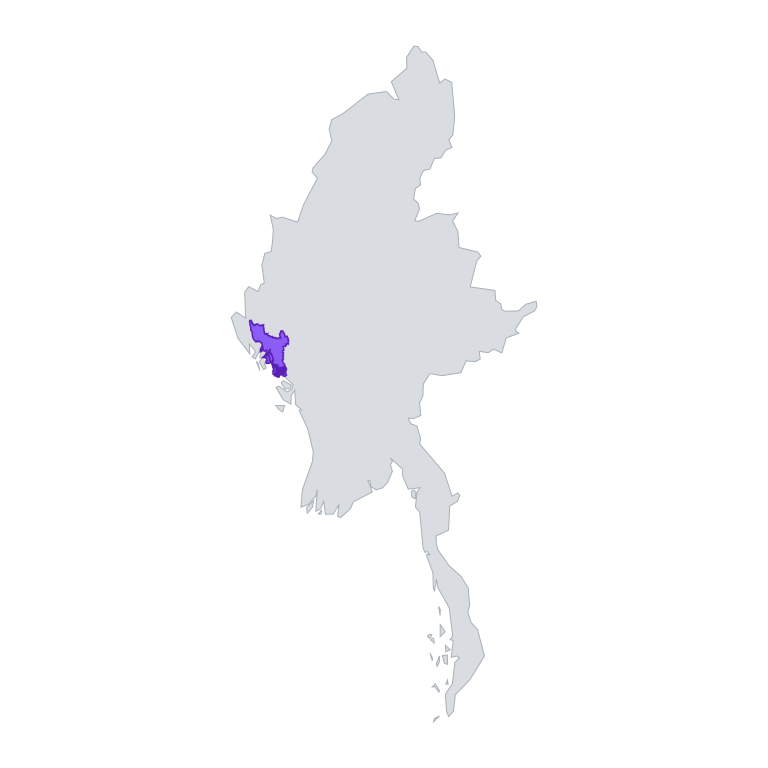 location of Mrauk-U, Rakhine, Myanmar
{"feature_id": "60261553B1263911264167", "entity_name": "Mrauk-U", "entity_type": "district", "adm_level": 2, "iso_a3": "MMR", "parent_name": "Myanmar", "parent_adm1": "Rakhine", "projection": "mercator", "projection_center": [93.425, 20.429], "detail": "fine", "context": "in_parent", "style": "filled", "palette": "violet", "viewbox_px": 768, "rotation_deg": 0, "n_neighbors": 0, "source": "geoboundaries", "source_scale": "gbopen_adm2", "svg_char_len": 9755}
<svg xmlns="http://www.w3.org/2000/svg" viewBox="0 0 768 768"><path d="M501.8,353.0L493.9,349.1L488.1,352.7L479.2,351.3L480.2,359.1L475.1,361.6L466.1,360.9L460.8,372.7L442.2,375.7L430.0,373.6L423.3,384.0L422.9,395.9L419.5,403.1L420.9,415.4L413.0,418.7L408.2,418.0L410.8,423.7L417.0,426.1L420.7,438.9L419.5,443.8L444.5,473.1L452.0,496.1L458.0,493.0L459.8,495.3L457.4,501.4L449.7,506.0L448.5,530.2L436.0,536.0L436.4,544.0L437.9,549.7L449.0,565.7L461.3,576.6L468.3,588.3L469.6,605.2L467.8,612.3L471.1,622.5L477.4,629.2L484.5,655.9L470.1,679.4L455.3,694.8L453.5,711.1L448.7,716.5L446.5,711.4L445.4,694.3L452.5,683.5L454.8,662.5L459.4,658.0L457.0,656.0L451.2,657.4L453.3,640.4L450.0,639.7L452.7,636.1L449.2,607.7L437.9,587.7L436.4,579.0L434.6,590.7L433.3,588.4L432.9,572.7L426.5,555.4L427.1,553.9L430.2,555.4L427.4,551.5L425.1,552.4L423.1,548.1L419.7,512.2L415.4,507.1L417.1,491.6L420.2,487.6L408.3,489.2L402.7,476.1L402.3,468.9L390.4,458.0L392.4,461.4L390.4,465.0L392.4,471.2L387.5,482.6L382.6,487.8L376.1,489.9L371.0,486.7L369.9,480.6L367.8,480.5L372.4,492.0L353.3,501.8L350.5,508.6L340.6,517.6L337.6,516.4L339.1,504.3L333.4,514.0L325.4,514.2L323.7,501.3L320.5,508.8L315.8,511.2L317.2,489.6L315.9,495.9L308.3,504.5L300.9,507.2L302.5,489.4L312.5,461.3L313.3,452.0L307.9,429.3L299.1,410.3L301.6,409.9L295.6,404.5L294.8,390.3L291.3,395.4L290.9,404.2L283.2,399.7L276.0,387.3L278.9,386.2L287.3,392.0L292.0,388.7L293.2,384.7L280.0,372.6L283.3,367.7L279.0,367.8L267.7,361.9L264.5,363.0L266.0,368.2L263.6,369.6L259.3,361.8L262.4,357.9L259.7,357.8L261.5,350.8L260.4,349.7L255.2,359.0L252.1,356.8L255.5,352.1L254.1,349.4L249.3,344.0L249.8,353.8L238.0,338.4L231.2,317.4L236.4,312.0L245.6,318.2L244.7,292.3L248.6,286.7L258.0,291.4L260.7,284.7L264.3,283.0L261.9,265.0L264.8,253.4L271.1,251.5L272.5,242.1L273.3,229.3L270.3,215.1L276.0,218.5L282.5,217.2L297.6,222.1L303.2,205.5L317.4,178.2L312.1,171.9L313.0,168.0L325.5,153.6L331.8,140.7L329.1,129.1L331.7,119.6L343.1,113.5L367.9,94.2L386.3,91.5L393.9,99.1L398.9,99.8L391.3,81.7L406.9,68.2L406.5,57.4L413.8,46.1L417.9,46.5L421.7,52.0L425.7,52.0L432.9,60.3L439.7,83.1L445.0,79.0L451.7,82.3L454.7,115.7L452.9,135.1L448.8,139.5L451.9,147.5L445.4,150.3L440.9,157.9L434.4,158.5L429.9,169.0L423.4,170.6L419.8,178.7L420.6,184.9L415.3,188.5L413.6,199.1L418.2,203.3L419.6,208.9L414.7,220.8L418.8,221.3L436.8,213.3L449.4,214.9L458.0,213.0L452.6,221.0L457.9,231.5L459.0,247.5L477.8,252.1L480.9,256.1L476.7,261.1L470.2,286.9L494.9,290.5L495.7,300.4L500.9,304.0L501.6,309.4L505.0,311.2L518.3,310.9L526.1,304.2L536.2,301.2L536.8,306.8L534.5,311.0L523.4,316.7L515.9,328.4L515.5,331.0L518.9,333.2L506.2,337.9L501.8,353.0ZM283.5,380.5L291.4,385.2L289.9,388.7L284.9,388.9L281.1,382.8L283.5,380.5ZM440.2,624.6L445.2,631.8L440.2,636.6L440.2,624.6ZM282.7,412.0L278.6,409.3L275.8,405.4L284.6,405.5L282.7,412.0ZM447.4,655.1L447.5,664.3L444.3,663.3L442.4,655.5L447.4,655.1ZM312.5,507.1L307.3,513.2L306.5,508.0L313.7,500.5L312.5,507.1ZM415.1,498.8L411.8,497.0L411.4,491.4L413.9,489.9L415.9,492.6L415.1,498.8ZM437.1,666.4L436.4,663.3L439.7,655.8L439.2,662.4L437.1,666.4ZM435.2,683.7L439.5,690.7L438.8,692.1L434.8,686.6L432.3,687.0L435.2,683.7ZM450.3,649.8L445.7,651.8L445.4,645.3L450.3,649.8ZM439.5,715.9L433.6,721.9L434.3,718.6L439.5,715.9ZM257.8,362.8L260.0,370.7L256.3,361.4L257.8,362.8ZM440.3,609.9L440.1,615.7L438.6,606.3L440.3,609.9ZM275.9,368.4L276.7,373.4L273.3,366.3L275.9,368.4ZM434.2,643.0L430.8,640.2L432.0,638.1L433.7,638.6L434.2,643.0ZM431.8,634.7L429.6,638.6L427.4,636.2L429.2,634.6L431.8,634.7ZM432.3,657.6L432.4,660.9L429.9,653.1L432.3,657.6ZM320.7,514.2L318.3,514.1L321.5,510.2L321.8,511.6L320.7,514.2ZM448.0,684.4L445.8,683.8L447.5,680.0L448.0,684.4Z" fill="#d9dde1" stroke="#a8b0b8" stroke-width="1"/><path d="M250.1,320.4L249.8,320.5L249.5,321.9L249.9,322.5L250.0,325.0L250.7,327.2L251.0,329.3L250.7,329.9L252.2,332.0L252.1,333.4L252.7,337.0L253.6,339.2L255.7,341.7L256.2,341.8L257.2,340.9L257.8,341.8L259.5,341.1L260.6,342.6L262.0,343.1L262.1,345.8L262.3,345.8L262.5,346.0L262.4,346.5L262.7,346.6L263.2,349.0L263.1,349.3L261.9,349.6L262.3,350.5L263.4,350.5L264.5,351.2L265.1,350.5L265.8,350.7L265.8,350.3L266.8,350.2L266.3,352.5L266.7,353.2L266.5,353.9L265.7,354.0L265.7,354.8L264.9,355.2L264.1,356.6L263.6,356.5L262.7,357.5L265.0,357.4L266.0,356.6L266.5,355.6L267.7,355.4L266.9,354.4L267.4,353.0L267.7,352.8L268.9,352.5L268.6,351.5L270.1,350.2L270.0,349.5L270.3,349.6L270.5,349.2L270.3,350.3L269.1,352.0L269.2,352.4L270.3,352.4L270.4,353.2L270.8,353.3L270.7,354.1L271.5,354.3L273.2,358.2L273.5,360.3L273.2,360.3L273.1,361.6L272.2,361.4L272.1,362.0L273.5,365.6L274.7,366.4L274.9,366.1L274.4,365.5L274.2,364.9L274.2,364.6L274.3,364.5L275.4,364.5L276.1,365.1L276.7,364.6L277.8,364.9L277.0,364.8L276.4,365.4L276.6,365.9L277.4,366.0L276.6,366.3L276.9,367.3L277.8,366.7L277.5,367.3L278.9,367.3L277.6,367.9L278.1,368.7L279.3,367.8L280.7,367.4L283.3,367.7L283.4,365.7L283.5,367.0L284.6,367.5L283.4,367.7L283.7,368.2L285.4,369.1L286.3,369.2L285.9,367.7L284.9,365.9L284.5,364.1L282.9,362.9L282.8,361.2L282.2,360.2L282.8,360.0L282.9,359.4L283.5,358.9L282.8,356.9L283.5,356.1L282.9,355.4L283.6,354.0L283.2,353.3L283.4,352.8L282.5,352.1L282.8,350.7L283.7,350.4L283.7,348.1L282.9,346.8L284.5,345.9L285.6,346.4L286.1,345.7L285.7,345.1L286.2,344.4L286.0,344.0L287.4,343.8L288.1,344.3L288.5,343.4L288.0,342.1L288.7,340.4L287.8,339.5L288.2,338.6L287.9,338.0L287.4,337.8L287.2,336.3L286.7,336.2L285.2,336.7L285.3,336.1L284.6,335.0L284.5,333.7L282.9,331.6L282.9,331.0L281.1,330.9L280.6,331.2L280.6,333.1L279.6,333.7L280.0,334.7L279.7,335.8L280.6,337.1L280.7,338.2L278.4,337.8L278.0,338.6L276.9,338.7L275.7,337.5L274.9,338.1L274.5,337.6L274.0,337.8L273.6,337.5L272.8,337.8L272.5,336.5L270.1,336.8L269.8,335.7L268.7,335.7L267.5,335.1L267.8,333.8L267.2,334.1L266.3,333.5L265.3,334.2L264.6,333.8L264.6,332.5L263.7,330.0L264.0,329.2L263.4,326.1L263.6,324.9L261.9,325.0L261.8,325.6L260.8,325.9L260.4,325.3L259.4,325.5L258.8,325.2L258.0,324.0L257.1,324.3L256.4,324.0L254.8,325.2L254.7,325.7L254.3,325.5L254.2,324.6L253.8,324.3L253.7,324.7L252.6,324.4L252.2,323.5L252.4,322.9L251.8,322.3L251.8,321.2L251.3,321.1L251.1,320.5L250.4,321.0L250.1,320.4ZM269.0,357.0L268.8,355.4L268.2,355.1L268.1,354.8L267.6,354.6L267.8,355.4L266.5,355.7L266.2,356.5L265.2,357.4L265.9,358.3L266.8,358.4L266.8,359.3L267.3,360.3L265.9,361.3L266.3,363.4L268.2,363.4L269.0,362.6L269.2,361.8L269.0,363.1L271.1,362.1L269.8,360.3L269.5,357.1L269.0,357.0ZM270.2,352.5L268.9,352.5L268.3,353.2L268.2,353.6L268.5,353.6L268.6,354.3L268.2,355.0L268.8,355.2L269.6,357.1L269.9,360.3L271.3,362.0L272.0,364.2L272.2,363.5L272.0,361.5L273.3,359.8L272.8,357.6L271.4,354.4L270.7,354.3L270.5,353.7L270.8,353.4L270.3,353.2L270.2,352.5ZM275.3,367.9L273.9,366.0L272.8,365.7L272.6,366.1L273.0,366.9L272.7,367.1L273.8,369.3L274.2,372.1L275.0,372.9L276.0,373.1L276.7,374.2L276.9,373.3L276.6,373.0L276.2,370.9L275.7,370.5L275.4,370.7L275.6,370.5L276.4,370.7L276.7,369.6L276.4,368.9L277.1,369.3L277.5,368.6L277.3,367.5L275.3,367.9ZM283.4,369.3L282.6,369.0L282.5,369.5L281.9,369.8L281.0,369.4L280.6,371.1L279.3,372.5L279.6,373.3L279.5,375.0L279.2,375.5L280.1,375.1L281.0,372.6L282.4,371.7L282.0,371.1L282.1,370.8L283.4,369.7L284.4,369.8L285.2,369.3L283.4,369.3ZM263.0,349.1L262.3,346.5L262.4,346.0L262.1,345.9L260.4,349.2L260.4,351.8L261.9,351.0L261.7,349.7L261.9,349.3L263.0,349.1ZM285.3,373.3L283.5,374.0L283.3,375.5L284.0,376.3L285.2,376.2L286.5,375.2L286.0,373.8L285.3,373.3ZM285.9,369.6L285.3,369.3L284.4,370.0L284.3,370.4L284.8,370.7L284.8,370.9L284.4,371.1L284.7,371.1L284.6,372.1L284.3,372.4L283.5,372.6L283.1,372.4L283.6,373.3L285.6,373.1L285.8,371.2L286.2,370.7L285.9,369.6ZM279.5,370.5L281.3,368.7L281.8,368.0L280.1,368.1L279.3,369.1L278.0,369.2L277.6,370.6L278.2,370.8L278.3,370.3L279.2,370.3L279.5,370.5ZM283.3,373.4L282.8,372.1L282.5,372.0L282.5,372.4L282.3,372.9L281.8,373.8L281.7,373.9L280.8,374.1L280.7,374.6L282.8,375.2L283.3,373.4ZM278.6,375.1L279.2,373.7L278.9,372.8L277.8,373.5L277.1,374.6L277.3,375.1L276.6,374.7L276.8,376.0L278.0,376.1L277.7,375.4L278.4,374.8L278.6,375.1ZM284.2,370.8L284.1,370.3L284.4,370.0L283.5,369.8L282.2,370.9L282.7,371.6L281.0,373.0L280.7,374.0L281.8,373.9L282.4,372.0L282.7,371.9L282.8,372.0L282.9,371.5L283.8,370.9L284.1,371.0L283.8,370.6L284.2,370.8ZM274.4,373.7L273.1,373.8L273.3,374.5L274.4,374.9L274.7,375.8L275.4,375.7L276.3,376.3L276.0,374.9L274.4,373.7ZM283.4,368.7L283.0,368.3L282.2,368.3L281.4,369.1L282.2,369.6L282.6,368.9L284.0,369.2L284.5,369.0L283.4,368.7ZM268.3,353.8L268.0,353.5L268.3,352.7L267.5,353.1L267.0,354.4L267.4,354.7L267.5,354.6L267.8,354.5L268.3,354.8L268.5,353.7L268.3,353.8ZM284.7,370.8L284.2,370.4L284.3,370.8L284.1,371.1L283.8,371.0L283.8,371.3L283.0,371.5L283.0,372.2L284.2,372.3L284.6,371.8L284.3,371.0L284.7,370.8ZM278.4,370.3L278.3,370.7L277.8,371.0L277.8,371.7L278.3,371.5L278.8,371.6L279.4,371.0L279.4,370.5L278.4,370.3ZM278.8,372.5L278.9,371.9L278.2,371.5L277.6,372.5L278.1,373.2L278.8,372.5ZM275.9,367.0L276.4,366.6L276.2,365.6L275.7,366.3L274.9,366.8L275.9,367.0ZM276.1,365.2L274.7,364.6L275.1,365.2L275.2,365.6L275.6,365.8L275.8,366.0L276.1,365.2ZM278.4,368.8L279.4,368.7L279.8,368.0L279.4,367.8L278.4,368.8ZM274.9,365.9L274.9,365.0L274.3,364.6L274.4,365.4L274.9,365.9ZM278.8,377.2L279.3,376.7L279.1,376.4L278.3,376.7L278.4,377.1L278.8,377.2ZM275.0,366.7L275.3,366.5L275.9,366.1L275.1,365.7L275.0,366.7ZM276.4,374.7L275.6,374.0L274.8,373.7L275.8,374.6L276.4,374.7ZM276.3,367.5L276.6,367.2L276.4,366.9L275.9,367.3L276.3,367.5ZM283.5,367.4L284.0,367.4L283.5,367.1L283.5,367.4ZM284.0,368.6L283.3,368.2L283.4,368.5L284.0,368.6ZM272.8,371.9L273.0,371.8L272.9,371.5L272.8,371.9ZM277.8,377.3L277.5,376.9L277.4,376.9L277.8,377.3ZM282.6,376.8L282.9,376.9L282.6,376.8Z" fill="#8b5cf6" stroke="#5b21b6" stroke-width="1.5"/></svg>